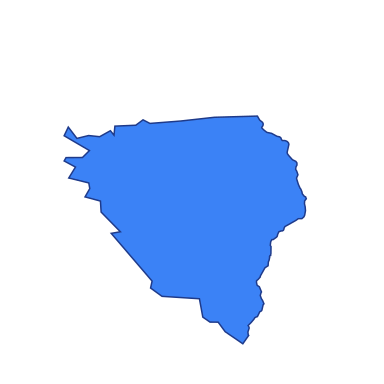 Cocke, Tennessee, United States of America, rotated 310°
{"feature_id": "52423323B93149818401656", "entity_name": "Cocke", "entity_type": "district", "adm_level": 2, "iso_a3": "USA", "parent_name": "United States of America", "parent_adm1": "Tennessee", "projection": "robinson", "projection_center": [-83.077, 35.947], "detail": "fine", "context": "isolated", "style": "filled", "palette": "blue", "viewbox_px": 384, "rotation_deg": 310, "n_neighbors": 0, "source": "geoboundaries", "source_scale": "gbopen_adm2", "svg_char_len": 1882}
<svg xmlns="http://www.w3.org/2000/svg" viewBox="0 0 384 384"><g transform="rotate(310 192 192)"><path d="M292.2,193.3L263.6,161.1L239.3,137.9L217.5,115.7L215.8,108.1L207.0,106.0L192.9,90.6L185.4,95.7L186.5,90.1L175.0,85.7L168.8,76.5L159.1,69.4L162.2,55.5L152.9,57.9L157.8,86.8L148.0,85.9L137.4,73.4L133.6,74.1L136.2,86.7L123.5,88.6L132.6,107.1L128.9,111.5L119.5,113.2L126.2,127.7L118.2,135.3L115.5,162.7L108.4,156.7L98.1,218.7L91.8,222.0L92.8,236.1L115.0,266.3L103.1,280.7L103.9,289.4L109.1,295.7L106.3,307.2L108.4,328.5L118.6,327.6L118.7,326.9L120.7,324.8L124.4,323.3L125.1,322.6L125.8,320.8L130.0,321.2L134.6,321.2L135.9,320.9L137.3,321.4L138.6,322.2L143.8,320.9L145.5,321.6L146.4,321.5L151.3,319.0L152.6,319.0L154.3,315.7L154.9,313.7L156.6,310.8L159.3,309.6L160.1,309.5L162.7,304.5L162.4,302.1L162.7,301.4L164.3,299.4L165.5,298.5L167.9,298.9L170.9,298.9L171.4,298.4L180.8,296.6L184.4,297.7L187.6,295.4L189.1,295.0L191.9,293.5L192.0,293.1L193.1,292.6L194.1,292.8L194.1,292.7L194.1,292.8L195.6,292.0L201.0,287.6L201.4,286.3L204.6,284.2L206.9,283.8L207.8,284.8L211.8,285.8L213.0,285.7L214.5,284.9L217.3,284.1L219.3,285.2L220.4,286.3L221.4,286.6L222.1,286.5L223.7,285.7L225.3,285.4L236.9,289.8L239.9,290.6L242.2,293.3L244.9,293.7L246.7,293.2L250.7,290.9L253.4,288.2L255.3,285.7L257.6,284.0L260.3,283.9L260.9,282.8L261.3,282.2L260.9,280.9L261.5,277.7L262.8,276.1L264.2,273.4L264.4,272.3L266.2,268.6L269.4,263.6L270.2,263.0L273.3,262.1L275.3,258.8L276.0,256.8L278.1,255.5L280.1,255.1L281.7,253.7L282.2,251.8L281.3,248.2L282.1,242.7L282.6,240.6L283.5,239.4L290.8,235.6L291.6,234.4L291.9,232.7L291.6,231.3L291.0,229.9L289.5,228.1L289.7,226.8L290.6,225.3L290.6,223.7L289.3,221.3L288.1,215.3L285.8,211.0L285.7,207.0L285.9,204.5L286.3,203.9L288.4,203.7L289.8,202.9L290.3,202.2L290.7,201.2L290.6,197.6L292.2,193.3L292.2,193.3Z" fill="#3b82f6" stroke="#1e3a8a" stroke-width="1.5"/></g></svg>